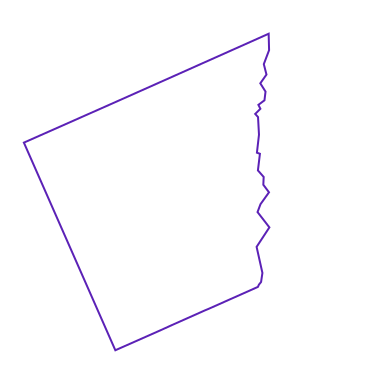 Douglas, Colorado, United States of America, rotated 156°
{"feature_id": "52423323B5867445839727", "entity_name": "Douglas", "entity_type": "district", "adm_level": 2, "iso_a3": "USA", "parent_name": "United States of America", "parent_adm1": "Colorado", "projection": "mercator", "projection_center": [-105.087, 39.348], "detail": "fine", "context": "isolated", "style": "outline", "palette": "violet", "viewbox_px": 384, "rotation_deg": 156, "n_neighbors": 0, "source": "geoboundaries", "source_scale": "gbopen_adm2", "svg_char_len": 590}
<svg xmlns="http://www.w3.org/2000/svg" viewBox="0 0 384 384"><g transform="rotate(156 192 192)"><path d="M176.5,305.3L232.2,305.3L325.5,305.5L326.4,78.6L318.9,78.6L276.4,78.5L264.1,78.6L228.4,78.6L224.6,78.5L200.9,78.5L170.4,78.5L168.6,80.1L165.5,81.7L160.6,89.4L155.3,115.6L135.7,128.2L140.3,147.0L134.4,153.0L121.8,160.4L123.9,169.6L120.4,176.6L123.0,184.9L114.4,199.3L116.7,201.5L107.5,217.1L101.2,233.6L102.5,237.6L95.7,240.2L95.9,244.6L88.5,246.3L84.0,253.8L85.4,263.5L76.2,269.0L74.4,279.6L63.9,290.2L57.6,305.4L176.5,305.3Z" fill="none" stroke="#5b21b6" stroke-width="2"/></g></svg>